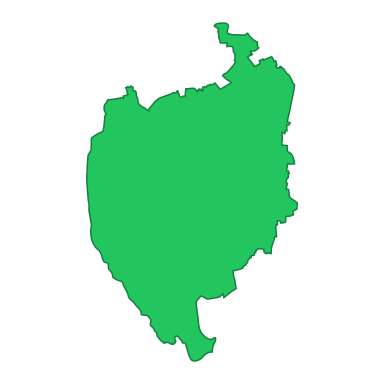 Thanh Liem, Hà Nam, Vietnam (Natural Earth projection)
{"feature_id": "81297802B85424672096974", "entity_name": "Thanh Liem", "entity_type": "district", "adm_level": 2, "iso_a3": "VNM", "parent_name": "Vietnam", "parent_adm1": "Hà Nam", "projection": "natural_earth1", "projection_center": [105.93, 20.458], "detail": "fine", "context": "isolated", "style": "filled", "palette": "green", "viewbox_px": 384, "rotation_deg": 0, "n_neighbors": 0, "source": "geoboundaries", "source_scale": "gbopen_adm2", "svg_char_len": 5917}
<svg xmlns="http://www.w3.org/2000/svg" viewBox="0 0 384 384"><path d="M247.6,33.2L245.2,34.8L243.5,35.1L238.9,34.9L235.0,34.8L231.8,34.6L229.7,34.1L228.0,33.5L227.5,33.1L227.2,32.6L227.2,31.5L227.8,28.6L228.4,26.5L228.4,25.4L227.4,24.1L226.6,23.5L225.5,23.2L222.8,23.0L219.0,23.3L216.2,24.0L215.4,24.4L214.6,25.4L214.3,26.1L218.4,28.8L218.4,30.9L218.1,31.0L217.8,31.5L217.9,31.8L218.4,32.3L219.0,38.8L219.5,39.2L220.1,42.4L220.4,42.8L221.0,43.1L227.2,42.9L226.8,46.5L231.7,46.4L232.9,47.5L233.5,52.1L233.7,52.4L234.9,53.3L235.0,59.0L234.2,60.2L235.6,61.8L233.2,65.5L228.5,71.0L226.9,72.6L224.3,73.9L222.6,75.6L223.5,76.6L226.5,79.3L231.4,82.5L230.0,83.5L220.2,89.4L215.0,83.0L213.1,84.2L211.2,85.0L210.9,85.0L210.2,84.4L208.9,85.3L207.6,85.3L206.0,87.3L204.7,86.6L203.8,87.1L202.8,87.1L202.8,89.5L202.5,91.0L201.9,91.0L201.6,90.6L201.1,89.2L200.9,89.1L199.6,90.0L199.0,89.0L197.3,91.5L195.7,89.6L194.9,88.8L194.2,88.4L192.1,88.2L188.6,88.7L185.8,88.8L185.2,94.7L185.3,96.1L182.7,96.3L181.3,97.2L180.6,97.3L179.7,96.6L179.0,94.6L179.0,93.7L178.8,93.3L178.3,92.9L178.0,91.1L177.7,90.8L177.4,90.9L176.7,91.6L175.8,93.1L173.1,92.6L171.3,93.8L160.1,97.9L158.7,98.6L155.6,101.0L153.0,104.0L148.8,109.2L148.7,110.7L146.9,109.8L144.8,108.0L144.1,107.9L142.2,106.8L140.1,105.2L139.0,104.0L138.1,102.5L137.8,98.9L137.4,97.9L136.6,96.6L136.4,95.6L136.3,93.3L136.0,91.9L135.4,91.0L133.7,90.8L133.3,90.4L133.0,89.9L132.9,89.0L133.0,87.2L130.6,86.1L130.2,87.1L129.9,87.4L128.9,87.4L128.5,87.2L128.0,86.5L125.8,87.6L126.7,89.9L127.4,93.6L127.9,94.6L124.4,95.9L123.2,96.1L123.5,98.2L122.1,97.8L120.7,97.9L115.9,98.9L110.9,99.6L107.6,99.9L106.6,102.1L104.6,104.9L104.1,107.0L104.2,110.4L105.0,111.6L105.8,114.1L105.7,114.7L104.7,116.1L104.7,118.3L104.0,125.8L103.1,130.9L101.8,131.9L97.7,133.8L91.7,137.7L91.5,138.2L91.3,141.6L91.2,150.0L88.5,154.4L88.0,155.8L87.2,166.8L87.2,171.0L86.8,176.1L86.9,181.6L87.4,190.1L88.4,201.4L88.9,203.3L89.0,204.9L89.0,209.6L89.1,211.5L89.9,215.6L91.4,224.7L91.4,225.8L90.6,230.5L90.9,235.1L91.3,237.8L91.7,239.6L92.5,242.0L93.5,244.1L94.7,245.7L95.6,247.4L98.8,250.3L99.7,251.4L101.1,254.1L102.1,256.9L102.5,258.8L103.5,261.1L104.0,261.8L104.5,262.1L107.2,263.0L107.8,263.5L108.4,265.1L108.4,268.2L109.1,269.5L111.1,271.9L111.9,273.1L112.3,274.0L112.7,276.6L112.9,277.3L113.5,277.9L114.3,278.4L116.3,279.5L118.5,280.5L121.1,281.2L121.8,281.7L122.5,282.4L122.8,282.9L123.5,285.4L126.4,290.8L127.7,293.6L128.6,297.0L129.0,297.7L130.4,299.5L133.7,302.3L136.0,305.5L139.5,309.2L140.3,310.3L141.0,312.1L141.2,314.3L141.5,314.7L142.2,315.0L145.7,315.2L146.8,315.5L147.7,316.0L148.4,316.6L151.1,320.2L150.3,324.1L150.6,325.4L151.2,326.3L152.6,327.4L153.8,328.9L154.1,329.4L154.6,331.1L156.6,332.5L156.9,333.5L156.9,334.7L157.1,335.8L159.3,338.9L160.9,340.6L162.4,341.7L163.3,342.7L163.9,343.1L164.3,343.2L166.2,342.5L168.3,342.5L171.2,344.1L172.5,344.2L173.7,344.2L173.6,343.2L174.1,343.0L174.9,343.1L175.5,342.1L175.9,341.1L174.8,339.3L174.8,338.0L175.4,336.6L176.3,336.0L177.3,336.2L178.8,337.3L179.3,338.2L182.2,341.6L182.4,342.8L182.8,343.1L184.9,342.8L185.2,343.0L185.7,344.3L188.2,352.9L189.7,357.2L190.5,358.9L191.0,359.5L191.7,360.1L192.6,360.6L193.8,360.9L195.2,361.0L196.3,360.8L198.6,360.0L200.3,359.1L202.2,357.5L205.3,354.3L206.2,353.6L208.8,352.4L209.8,352.1L212.2,352.1L212.7,347.5L213.2,345.6L215.1,341.5L215.7,339.2L215.5,338.1L215.3,337.8L214.9,337.7L214.0,337.9L212.3,339.0L211.5,339.3L210.7,339.5L208.1,338.8L205.7,337.4L201.7,333.5L201.2,332.6L199.9,329.9L199.3,328.1L198.7,324.8L198.3,320.4L196.2,304.2L196.2,302.6L196.4,301.6L197.5,299.8L200.8,296.2L201.2,296.0L202.3,296.4L207.0,299.0L208.0,299.1L218.4,297.3L219.4,297.0L223.1,293.9L223.9,297.6L231.5,291.5L236.2,288.6L235.4,284.4L234.7,279.4L234.4,278.5L233.9,277.7L233.6,276.1L233.1,270.9L239.2,269.5L241.3,268.8L243.1,267.9L243.0,266.5L245.5,265.1L246.7,263.4L247.5,262.2L248.2,259.5L249.4,258.8L249.8,257.4L250.7,257.7L251.0,257.7L251.3,257.4L251.6,255.4L253.7,255.4L254.0,255.2L254.2,254.6L254.5,252.8L254.7,252.4L255.6,252.7L256.1,250.0L256.8,250.2L257.5,248.9L261.9,249.0L263.7,249.2L263.9,249.3L263.9,251.9L265.1,252.0L265.2,253.5L267.7,253.5L268.0,252.8L268.4,252.7L270.2,253.5L271.2,253.6L271.2,249.9L271.5,247.9L272.0,245.9L273.5,241.5L274.9,236.8L276.6,236.6L276.2,232.7L275.7,225.3L277.5,224.7L277.3,221.0L280.1,220.8L280.9,223.2L282.1,222.7L282.6,222.6L282.8,222.9L283.9,222.7L285.2,222.3L285.6,221.8L285.7,221.2L285.8,216.5L287.1,216.3L290.0,216.1L290.6,216.0L292.1,215.1L293.2,215.0L293.5,214.8L293.5,214.5L293.0,212.5L293.0,211.3L293.2,211.0L294.8,210.4L295.1,209.6L296.6,209.3L296.9,209.0L297.1,205.5L297.2,202.7L290.6,198.1L289.9,197.4L289.4,196.1L288.6,189.5L286.2,189.0L286.7,186.3L287.4,183.7L286.2,182.3L286.6,179.7L287.0,178.5L288.3,177.5L288.4,173.8L289.3,173.4L289.3,173.1L288.6,172.5L288.5,172.2L288.6,171.1L287.5,171.1L286.5,170.8L287.3,166.5L287.4,164.1L294.4,163.9L294.4,162.3L294.3,161.5L292.8,156.6L291.5,154.3L291.2,153.8L287.5,151.4L287.3,150.9L287.3,145.6L282.1,145.1L281.8,142.9L281.8,142.0L282.4,140.2L282.1,132.5L282.6,132.4L283.4,132.6L284.0,133.0L284.7,133.7L285.4,130.8L285.7,130.7L286.9,130.9L286.8,125.0L288.4,125.1L289.1,124.8L289.8,123.7L290.1,122.8L287.2,121.8L287.6,120.7L288.0,118.1L289.6,111.3L290.7,105.4L293.8,90.7L294.6,84.8L293.8,84.2L292.4,82.2L292.0,80.6L290.3,77.1L288.7,74.8L287.1,73.8L286.0,72.5L284.5,70.1L283.6,68.8L281.5,67.4L281.0,66.5L279.8,66.6L279.8,67.7L277.0,67.9L276.5,67.2L276.1,66.5L276.1,65.6L276.9,65.4L275.8,60.9L274.3,61.2L273.0,58.8L271.7,56.7L268.0,58.1L263.6,60.1L263.0,59.0L260.7,60.1L259.3,60.5L260.0,62.7L260.1,63.7L254.6,66.6L254.5,66.2L251.3,62.0L247.4,57.1L250.8,55.1L250.4,54.4L250.9,53.8L251.8,54.9L252.3,54.1L251.0,52.5L250.3,51.4L251.0,51.2L254.1,50.9L255.1,50.7L256.6,49.7L258.8,47.9L258.0,47.1L257.3,46.2L257.6,44.1L257.0,43.7L257.5,42.2L255.2,40.9L253.3,39.7L249.8,36.4L247.6,33.2Z" fill="#22c55e" stroke="#15803d" stroke-width="1.5"/></svg>